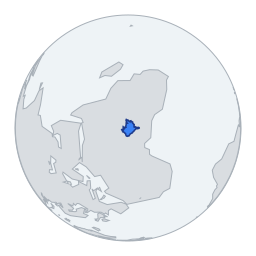 Équateur on an orthographic globe, rotated 214°
{"feature_id": "COD-1461", "entity_name": "Équateur", "entity_type": "Province", "adm_level": 1, "iso_a3": "COD", "parent_name": "Democratic Republic of the Congo", "parent_adm1": "", "projection": "orthographic", "projection_center": [21.263, 1.316], "detail": "fine", "context": "on_globe", "style": "filled", "palette": "blue", "viewbox_px": 256, "rotation_deg": 214, "n_neighbors": 0, "source": "natural_earth", "source_scale": "10m", "svg_char_len": 9281}
<svg xmlns="http://www.w3.org/2000/svg" viewBox="0 0 256 256"><g transform="rotate(214 128 128)"><circle cx="128" cy="128" r="113" fill="#eef3f6" stroke="#a8b0b8"/><path d="M74.5,28.9L73.5,29.4L69.9,31.5L68.7,32.3L72.4,30.2L66.0,34.4L62.4,38.1L60.7,39.4L56.8,41.7L56.0,41.5L52.0,44.9L59.0,38.9L66.6,33.6L74.5,28.9ZM51.5,45.3L54.6,42.8L50.3,46.8L49.8,47.5L50.2,47.4L52.0,45.9L50.6,47.4L46.5,50.5L47.7,49.2L49.0,48.1L48.6,48.2L46.3,50.5L51.5,45.3ZM17.5,105.9L17.3,107.4L18.1,107.4L17.7,108.8L18.3,116.8L20.8,120.5L21.4,125.4L20.9,128.4L22.2,129.4L22.3,131.3L29.4,134.9L34.5,140.1L35.3,147.0L33.0,154.7L35.6,171.2L32.7,176.2L35.0,182.8L38.2,192.2L36.0,191.2L39.9,196.0L41.3,198.8L40.8,198.8L43.5,202.1L43.2,202.1L45.4,204.3L49.1,208.4L52.9,211.9L54.4,213.3L48.6,207.9L43.2,202.1L38.2,196.0L33.6,189.5L29.5,182.7L25.9,175.6L22.8,168.3L20.2,160.8L18.2,153.1L16.7,145.4L15.8,137.5L15.4,129.6L15.5,121.6L16.3,113.7L17.5,105.9ZM61.3,218.7L63.0,220.0L63.8,220.6L61.3,218.7ZM59.0,216.8L58.4,215.9L59.2,216.5L59.9,217.2L59.0,216.8ZM232.7,86.4L232.9,86.9L233.6,88.9L232.5,86.4L233.5,90.2L237.5,101.9L238.2,105.3L238.7,111.4L238.3,108.9L235.5,102.4L236.7,110.5L238.9,117.5L239.8,125.8L238.8,123.0L237.8,115.8L236.8,113.3L235.8,106.2L232.5,95.8L231.5,97.6L230.4,93.5L225.7,85.2L223.5,87.7L220.9,98.4L222.6,109.1L220.8,113.8L213.6,98.5L209.9,88.5L207.7,89.4L200.1,81.3L187.8,81.0L185.8,78.5L183.6,79.7L178.2,77.3L175.0,73.4L171.9,73.7L180.3,84.2L183.6,84.0L186.0,79.8L187.8,83.7L192.9,87.1L188.2,96.7L169.6,105.7L167.3,97.8L151.0,77.3L151.2,75.0L151.2,74.7L150.9,74.3L149.9,78.0L146.9,74.2L156.1,88.1L157.8,94.4L169.3,106.2L168.3,107.5L171.9,109.9L182.8,106.7L183.0,109.4L178.1,122.0L162.6,139.6L164.4,151.4L162.9,161.6L152.8,168.5L153.2,176.3L147.9,179.2L147.3,183.6L142.7,188.4L135.4,193.0L123.3,193.3L122.9,189.3L117.4,181.6L110.0,162.8L113.4,154.0L112.4,147.3L103.7,132.7L105.6,124.5L103.2,121.1L98.2,122.1L95.4,118.2L92.3,118.2L73.1,121.7L67.1,116.7L59.6,101.3L63.0,95.0L63.3,87.9L86.2,64.1L91.4,65.1L109.8,61.7L112.1,62.4L110.3,67.5L124.3,73.5L128.5,69.1L140.9,72.4L148.9,72.2L151.2,62.8L138.0,62.8L135.4,58.4L145.8,54.5L157.2,55.1L156.6,53.5L149.1,49.8L151.4,47.0L146.4,48.4L148.7,50.0L145.6,51.1L143.4,49.7L144.3,48.6L140.8,48.0L137.3,53.7L139.2,56.0L130.0,57.2L132.3,61.3L129.9,63.2L125.2,57.2L125.5,55.0L116.9,49.1L115.8,51.5L123.8,57.3L121.4,56.9L120.0,60.7L119.2,57.5L110.7,51.1L102.4,52.9L92.1,62.6L87.1,63.8L82.7,62.2L86.0,52.8L96.8,51.5L98.1,48.6L95.6,45.0L99.1,45.0L99.3,43.6L103.4,43.1L108.7,39.4L112.8,38.9L114.5,34.8L116.9,34.1L115.1,36.7L116.1,38.4L126.2,37.9L128.0,37.0L128.3,34.5L131.1,34.9L130.1,32.6L135.7,31.7L128.1,31.0L128.2,28.7L131.4,26.9L130.1,26.2L124.9,29.1L124.1,30.4L125.6,31.7L122.1,36.0L118.7,36.8L117.2,32.3L112.2,33.2L113.2,29.8L126.6,23.2L132.4,22.2L142.6,24.9L141.5,26.1L137.2,25.6L141.5,28.0L141.0,26.9L143.2,27.4L144.0,25.7L145.6,26.0L143.5,24.0L145.6,24.3L146.9,25.5L149.8,23.8L154.1,24.1L153.9,23.6L152.6,23.0L158.9,24.2L158.5,23.8L156.3,23.2L154.1,22.1L152.7,20.8L154.9,21.3L155.7,21.8L160.8,23.9L162.7,25.5L163.4,25.6L162.4,24.3L156.2,21.8L154.7,20.9L157.8,21.9L156.6,21.4L156.5,21.2L158.6,21.5L155.3,20.3L151.8,18.0L155.5,18.8L158.7,19.7L166.3,22.1L173.6,25.0L180.8,28.5L187.6,32.4L194.2,36.9L200.5,41.8L206.4,47.1L211.9,52.8L217.0,58.9L221.6,65.3L225.8,72.1L229.5,79.1L232.7,86.4ZM78.8,75.6L78.2,77.7L78.8,75.6ZM169.8,61.1L176.4,61.7L172.7,56.0L174.9,55.8L172.8,54.1L172.4,55.6L167.2,51.0L169.8,49.6L168.6,47.3L166.3,47.1L162.4,50.6L169.8,57.0L168.7,59.2L169.8,61.1ZM18.2,107.3L18.1,108.6L17.9,108.6L18.2,107.3ZM21.2,92.3L21.2,92.9L20.9,93.4L21.2,92.3ZM21.4,91.6L21.3,92.1L21.1,92.6L21.4,91.6ZM50.6,46.6L50.8,46.4L50.9,46.6L50.1,47.2L50.6,46.6ZM55.9,44.1L53.6,46.6L54.7,45.1L53.1,46.2L53.5,44.7L59.8,40.1L56.9,42.3L55.9,44.1ZM55.8,41.9L54.8,43.1L55.6,42.0L55.8,41.9ZM96.9,36.9L98.4,37.6L97.0,39.3L91.9,40.8L93.9,38.3L96.9,36.9ZM100.8,38.3L100.7,33.9L103.9,33.1L102.1,34.2L104.3,34.1L102.0,36.0L105.1,39.9L104.1,41.7L95.2,43.0L98.7,41.4L97.0,40.7L100.8,38.3ZM94.8,27.3L94.8,26.2L101.7,25.6L100.9,26.7L95.7,28.1L93.6,27.6L94.8,27.3ZM91.9,21.3L88.0,22.8L87.1,23.1L84.1,24.6L80.6,26.0L82.7,24.9L77.7,27.4L78.2,27.0L75.1,28.7L78.2,27.0L91.9,21.3ZM118.4,16.5L115.8,16.6L118.6,17.0L115.3,17.4L115.8,17.4L113.6,17.9L111.8,18.7L110.3,18.9L110.2,19.2L108.7,19.6L108.1,20.1L105.2,20.7L104.2,21.4L103.4,21.2L102.6,22.4L101.8,21.8L99.8,22.6L101.6,22.7L87.1,26.1L81.5,28.5L77.3,30.9L76.6,30.1L80.2,27.4L85.8,24.5L91.2,22.5L89.9,22.7L92.2,21.9L92.2,22.1L93.4,21.3L95.3,20.7L100.3,19.1L100.9,18.7L102.7,18.2L103.4,18.1L104.7,17.8L107.3,17.3L108.7,17.1L112.6,16.5L113.1,16.7L114.6,16.4L117.6,16.2L118.4,16.5ZM114.3,16.2L114.8,16.2L113.7,16.4L107.9,17.2L114.3,16.2ZM114.6,60.5L116.4,60.6L119.1,60.3L118.3,62.9L114.6,60.5ZM108.7,56.1L110.3,55.7L110.5,58.8L108.6,58.8L108.7,56.1ZM111.1,53.0L110.4,55.5L109.6,54.1L111.1,53.0ZM116.6,36.3L118.3,35.9L118.5,36.5L117.6,37.5L116.6,36.3ZM126.1,18.9L124.8,18.7L125.3,18.5L124.2,17.7L126.6,17.5L128.1,18.0L126.1,18.9ZM149.1,64.4L146.8,66.2L145.6,65.3L146.6,64.9L149.1,64.4ZM131.9,64.4L135.9,65.5L131.6,65.1L131.9,64.4ZM128.5,18.6L127.8,18.3L129.4,18.5L128.5,18.6ZM128.2,17.4L130.1,17.5L126.7,17.4L128.2,17.4ZM183.0,213.7L183.0,215.0L181.6,215.1L183.0,213.7ZM181.0,159.8L172.5,177.6L167.5,177.7L167.1,172.5L170.6,161.7L176.5,158.6L179.6,153.7L181.0,159.8ZM239.5,143.7L239.5,143.4L239.2,141.7L239.6,139.8L239.9,140.7L239.9,141.0L239.5,143.7ZM239.5,139.7L238.8,133.9L235.8,118.0L236.9,118.3L239.7,128.1L239.6,129.8L240.0,134.2L239.5,139.7ZM240.5,134.3L240.5,133.8L240.5,127.3L240.5,124.1L240.6,124.4L240.6,124.1L240.5,134.3ZM223.0,110.1L225.3,116.6L224.1,117.6L223.0,110.1ZM234.7,92.0L234.7,92.4L234.2,90.8L233.8,89.4L234.7,92.0ZM147.6,19.0L146.4,20.1L147.2,21.3L150.0,22.4L145.5,21.6L144.4,19.7L147.6,19.0ZM151.1,18.0L148.6,17.4L149.9,17.6L150.7,17.8L151.1,18.0ZM149.4,17.7L145.7,17.1L144.5,16.8L147.6,17.3L149.4,17.7ZM137.2,17.2L136.7,17.5L135.4,17.3L137.2,17.2Z" fill="#d9dde1" stroke="#a8b0b8" stroke-width="1"/><path d="M120.4,132.4L120.8,131.9L121.1,131.7L121.1,131.3L121.0,131.1L121.1,130.6L121.3,130.1L121.5,129.9L121.5,129.6L121.4,129.5L121.4,129.4L121.4,129.1L121.3,128.9L121.4,128.7L121.4,128.4L121.5,128.3L121.5,128.2L121.6,127.9L121.7,127.5L121.7,126.9L121.8,126.8L121.7,126.7L121.8,126.5L121.7,126.3L121.8,126.1L122.0,125.9L122.1,125.7L122.4,125.2L122.5,124.9L122.6,124.6L122.8,124.4L122.9,124.1L122.8,123.8L122.8,123.3L122.8,123.0L122.8,122.9L122.9,122.6L122.8,122.4L122.7,122.2L122.8,122.0L123.0,122.0L123.1,121.9L123.2,121.6L123.3,121.6L123.4,121.4L123.5,121.3L123.6,121.2L123.8,120.9L124.0,120.9L124.0,120.7L124.3,120.6L124.6,120.5L124.8,120.5L125.0,120.5L125.3,120.8L125.5,120.8L125.9,121.0L126.0,121.1L126.3,121.3L126.4,121.5L126.7,121.9L126.9,121.9L127.0,121.9L127.4,121.9L127.6,121.9L127.7,122.1L127.8,122.1L128.0,122.1L128.3,122.2L128.5,122.2L128.8,122.1L129.0,122.2L129.2,122.3L129.3,122.3L129.4,122.2L129.6,122.3L129.9,122.4L130.0,122.5L130.3,122.5L130.3,122.4L130.4,122.5L130.5,122.5L130.8,122.7L130.9,122.8L131.0,122.9L131.1,123.0L131.4,123.0L131.4,122.9L131.5,123.0L131.5,122.9L131.8,122.9L131.8,123.0L132.1,123.1L132.3,123.1L132.3,123.3L132.2,123.4L132.1,123.5L132.0,123.4L131.9,123.4L131.7,123.4L131.5,123.6L131.4,123.6L131.1,123.7L130.8,123.8L130.7,123.9L130.7,124.0L130.9,124.1L131.0,124.2L131.0,124.3L131.0,124.6L131.3,124.4L131.5,124.4L131.6,124.5L131.4,124.9L131.4,125.0L131.3,125.3L131.5,125.6L132.0,125.6L132.2,125.8L132.5,125.9L132.6,126.0L132.7,126.3L132.4,126.2L132.1,126.2L131.9,126.3L131.7,126.4L131.6,126.5L131.5,126.4L131.4,126.3L131.2,126.5L130.9,126.6L130.7,126.5L130.6,126.4L130.6,126.5L130.5,126.9L130.4,127.2L130.4,127.3L130.1,127.5L130.3,127.7L130.5,127.8L130.8,128.2L130.9,128.3L131.0,128.5L131.1,128.8L131.1,129.0L131.2,129.3L131.3,129.4L131.3,129.6L131.4,129.8L131.6,130.1L131.7,130.3L131.9,130.5L132.2,131.0L131.9,131.2L131.7,131.1L131.4,131.4L131.8,131.4L131.9,131.5L132.0,131.5L132.3,131.4L132.4,131.5L132.5,131.7L132.6,131.8L132.4,131.9L132.1,132.1L132.2,132.3L132.5,132.5L132.8,132.7L132.9,132.8L133.1,132.9L133.3,133.2L133.5,133.3L133.9,133.3L134.0,133.3L134.1,133.6L134.2,134.1L133.5,134.0L133.4,134.0L133.0,134.1L132.9,134.3L132.8,134.5L132.7,134.5L131.9,134.6L131.7,134.4L131.4,134.4L131.2,134.3L131.1,134.2L130.9,134.2L130.7,134.1L130.5,134.4L130.4,134.4L130.1,134.4L129.8,134.3L129.9,134.6L129.9,134.9L130.0,135.3L129.9,135.4L129.8,135.2L129.7,135.1L129.4,135.3L129.3,135.5L129.1,135.5L128.8,135.4L128.7,135.3L128.6,135.2L128.4,135.2L128.4,135.4L128.3,135.5L128.0,135.5L127.8,135.5L127.5,135.5L127.5,135.3L127.5,135.2L126.9,134.6L126.6,134.6L126.4,134.7L126.2,134.6L125.9,134.4L125.7,134.4L125.4,134.4L125.2,134.0L125.0,133.9L124.9,133.9L124.7,134.1L124.5,133.7L124.3,133.4L124.2,133.2L124.0,132.9L123.7,132.5L123.7,132.4L123.6,132.2L123.4,132.2L123.3,132.3L123.2,132.3L123.2,132.6L123.3,132.8L123.2,133.0L122.9,133.0L122.7,133.1L122.3,132.9L122.0,132.8L121.9,132.8L121.8,133.0L121.7,133.1L121.5,133.3L121.4,133.3L121.1,133.4L121.0,133.5L120.8,133.5L120.7,133.6L120.0,134.0L119.8,134.1L119.6,134.1L119.3,134.1L119.4,134.3L119.4,134.5L118.9,134.5L118.8,134.3L118.7,134.2L118.9,134.0L118.9,133.8L119.0,133.6L119.3,133.1L119.5,133.0L119.6,132.8L119.7,132.7L119.8,132.7L120.0,132.6L120.3,132.5L120.4,132.4Z" fill="#3b82f6" stroke="#1e3a8a" stroke-width="1.5"/></g></svg>